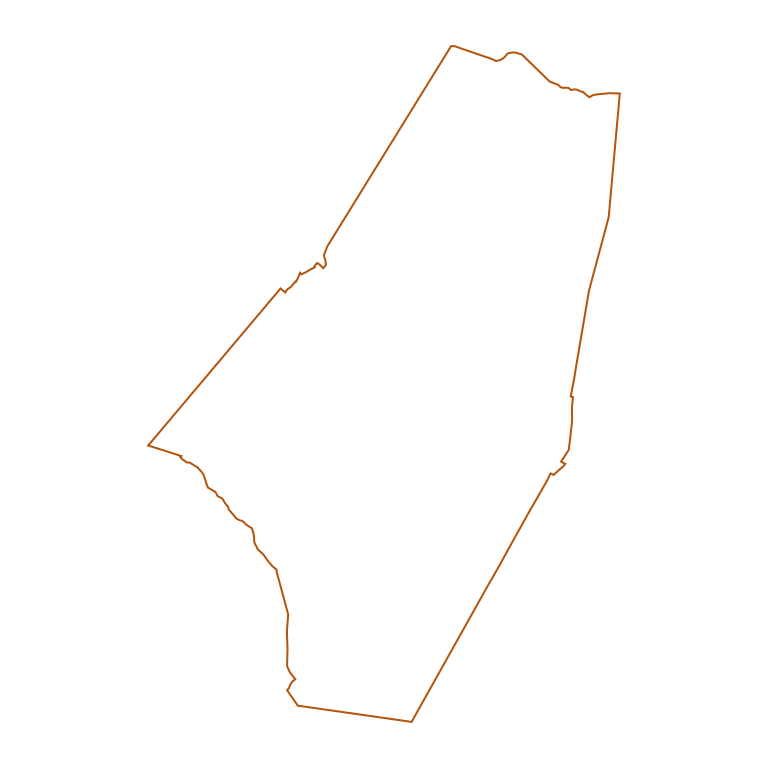 outline of Abasolo, Nuevo León, Mexico
{"feature_id": "50627088B91827729191113", "entity_name": "Abasolo", "entity_type": "district", "adm_level": 2, "iso_a3": "MEX", "parent_name": "Mexico", "parent_adm1": "Nuevo León", "projection": "robinson", "projection_center": [-100.412, 25.94], "detail": "fine", "context": "isolated", "style": "outline", "palette": "amber", "viewbox_px": 768, "rotation_deg": 0, "n_neighbors": 0, "source": "geoboundaries", "source_scale": "gbopen_adm2", "svg_char_len": 2100}
<svg xmlns="http://www.w3.org/2000/svg" viewBox="0 0 768 768"><path d="M287.1,690.2L297.8,705.7L411.6,721.9L473.9,610.6L477.7,603.8L482.0,596.2L482.3,595.6L482.9,594.4L483.2,594.0L483.8,592.8L489.7,582.4L492.3,578.1L495.4,572.5L496.3,571.0L500.1,564.2L516.4,534.7L528.4,513.2L537.7,497.0L537.9,496.6L538.2,496.2L538.4,495.7L547.3,480.2L547.5,479.8L549.6,475.4L549.9,474.8L550.6,473.5L553.6,474.9L558.8,470.2L563.0,466.6L565.2,463.9L561.1,461.6L568.8,449.8L571.9,423.0L572.1,417.7L571.9,411.2L572.1,406.6L572.3,403.5L573.0,397.1L570.7,396.4L574.0,379.6L575.4,370.7L589.0,290.7L608.7,217.2L619.8,93.5L609.4,93.2L596.9,94.4L593.0,95.1L589.4,97.2L586.6,95.2L584.3,93.1L583.3,92.1L580.1,91.2L576.8,89.6L574.2,89.4L571.1,90.0L568.2,87.7L566.9,87.8L562.4,87.8L560.7,87.2L558.1,84.8L549.7,81.6L522.0,54.6L516.2,52.8L513.1,52.4L509.4,53.0L507.2,53.8L506.1,55.4L503.4,58.2L500.3,60.0L496.0,61.1L493.5,59.6L458.6,47.6L454.8,46.2L451.1,46.1L327.4,246.2L324.0,254.9L324.5,258.1L325.1,258.9L326.0,264.7L323.3,268.2L319.6,264.5L317.1,263.1L314.3,266.3L314.7,267.4L310.5,269.4L305.7,272.3L301.4,274.3L300.2,272.8L297.5,279.0L295.8,281.9L295.5,281.6L293.5,283.8L290.9,286.9L290.3,287.4L288.8,288.3L286.6,290.2L286.5,290.5L285.8,291.6L285.3,292.5L283.3,290.8L282.9,290.5L281.1,289.0L280.5,288.5L278.8,290.5L278.4,291.0L266.8,304.7L266.5,305.2L255.1,318.6L249.3,325.5L249.0,325.9L148.2,445.5L181.4,456.1L180.3,457.2L182.9,459.7L186.8,462.4L189.9,462.7L197.7,467.6L201.8,472.1L203.5,474.6L205.4,480.1L206.7,484.5L207.9,487.6L208.8,488.1L210.0,488.6L211.0,489.4L214.0,491.1L215.5,492.2L216.9,494.7L217.6,496.0L220.4,497.6L222.2,498.4L224.9,502.9L227.9,506.6L228.8,509.5L233.7,515.3L235.6,517.6L237.4,519.1L239.7,520.3L242.0,520.8L242.8,521.3L244.7,523.0L246.0,524.5L252.0,528.4L253.6,534.1L254.1,537.6L254.2,541.6L255.1,544.1L256.8,547.3L257.6,549.2L262.5,553.7L264.5,555.9L267.4,560.3L269.0,562.2L272.1,566.0L276.5,569.7L276.7,571.9L288.2,614.5L286.9,630.9L287.5,649.0L287.1,666.1L289.6,671.9L295.3,679.3L292.4,681.5L291.0,683.5L290.1,685.0L289.1,687.8L287.1,690.2Z" fill="none" stroke="#b45309" stroke-width="2"/></svg>